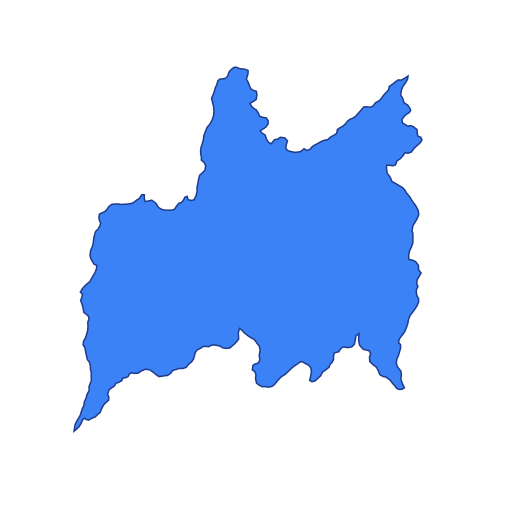 Itapecerica, Minas Gerais, Brazil (Equal Earth projection), rotated 189°
{"feature_id": "56859067B8389558658306", "entity_name": "Itapecerica", "entity_type": "district", "adm_level": 2, "iso_a3": "BRA", "parent_name": "Brazil", "parent_adm1": "Minas Gerais", "projection": "equal_earth", "projection_center": [-45.108, -20.455], "detail": "fine", "context": "isolated", "style": "filled", "palette": "blue", "viewbox_px": 512, "rotation_deg": 189, "n_neighbors": 0, "source": "geoboundaries", "source_scale": "gbopen_adm2", "svg_char_len": 6008}
<svg xmlns="http://www.w3.org/2000/svg" viewBox="0 0 512 512"><g transform="rotate(189 256 256)"><path d="M297.7,438.7L301.6,438.5L304.9,439.4L307.4,438.8L309.6,436.4L311.4,433.6L312.1,429.4L313.8,426.7L316.8,425.7L319.6,425.0L321.1,422.9L321.5,419.2L322.5,415.9L322.9,412.2L323.6,408.4L324.6,404.8L322.9,400.9L321.3,396.9L320.1,392.2L319.9,387.7L320.7,383.2L322.1,379.3L324.5,375.2L325.5,370.9L326.3,366.9L326.2,362.4L326.6,358.5L327.3,354.7L327.2,351.3L326.5,347.9L325.4,345.2L325.0,342.1L322.4,340.7L319.9,337.6L319.8,332.8L322.1,329.7L324.3,326.9L324.7,323.0L324.8,318.2L325.0,314.6L324.3,310.7L324.6,306.4L326.0,301.9L328.2,300.8L331.8,300.9L333.3,304.1L335.4,303.0L336.4,299.8L337.8,297.4L340.6,295.9L342.2,293.0L343.9,289.3L346.1,288.2L348.4,287.7L350.6,287.4L352.8,287.1L356.0,287.2L358.9,288.2L360.9,289.6L362.3,291.7L364.4,293.2L367.7,294.8L371.0,293.5L374.1,292.4L375.3,295.4L375.9,299.0L378.4,298.7L380.3,294.5L382.8,292.4L384.8,290.1L386.9,288.7L389.1,287.7L392.3,286.9L394.6,286.5L396.8,285.8L400.8,285.8L403.5,285.2L406.5,284.5L408.9,282.0L410.6,278.6L412.0,276.4L414.3,274.9L417.2,272.9L417.2,269.3L416.2,266.5L414.5,264.0L415.1,261.0L416.1,258.1L418.3,255.0L419.0,248.9L418.8,244.2L419.0,240.0L420.2,235.7L420.1,230.9L419.0,228.0L416.9,225.2L414.6,222.5L411.8,221.8L411.6,218.4L412.3,214.7L414.1,210.2L416.2,204.6L418.5,202.1L420.6,199.4L422.6,196.2L423.8,192.7L421.4,191.3L421.5,187.8L422.3,184.7L420.3,181.2L418.7,177.7L417.3,173.5L414.6,171.9L412.3,170.6L411.1,167.9L411.8,164.2L411.0,160.5L410.6,156.4L411.0,152.7L411.5,148.7L413.0,144.9L412.9,141.2L410.5,138.6L409.4,135.0L407.7,130.7L406.4,127.4L404.0,125.1L402.4,121.7L401.8,118.1L400.4,115.0L400.0,111.7L399.1,107.2L400.5,101.2L399.8,96.9L401.2,93.0L401.6,89.0L402.7,85.3L402.7,81.0L403.6,78.3L404.1,75.3L404.8,70.7L406.6,66.4L408.0,62.5L408.4,59.0L408.3,54.5L405.9,57.2L404.0,59.8L402.5,63.3L401.8,66.7L400.3,69.0L398.3,68.0L395.7,67.7L392.9,69.9L389.5,72.0L387.6,74.8L385.5,77.0L384.4,81.7L383.0,85.4L381.2,88.0L379.0,90.5L379.2,93.6L380.9,96.2L380.3,100.6L378.4,102.8L375.9,105.0L374.3,108.5L372.0,109.6L369.1,111.8L368.2,114.9L365.5,115.4L363.5,117.0L362.5,119.7L360.6,121.2L358.1,121.0L354.2,121.8L351.4,124.4L347.5,126.9L343.2,126.9L340.2,125.5L337.5,124.1L335.4,122.8L332.9,121.7L329.8,122.6L327.4,123.5L324.7,124.2L322.1,126.6L320.3,130.0L317.4,131.3L314.3,132.9L310.8,133.4L307.6,135.0L305.4,138.9L303.1,141.3L301.6,144.4L300.9,151.0L299.5,154.0L296.9,155.8L293.9,158.4L290.9,158.9L288.6,159.0L285.9,161.0L283.4,161.6L280.4,161.6L277.3,161.3L274.6,160.1L270.8,160.1L267.4,161.1L265.2,163.8L263.1,166.3L261.5,168.6L260.1,171.4L260.8,174.3L261.5,177.6L260.9,181.9L258.0,180.4L256.2,178.7L254.1,177.5L251.7,176.1L249.4,175.0L246.9,174.0L244.8,173.4L242.9,171.6L240.9,169.4L238.9,167.9L237.2,163.7L237.3,158.5L235.9,153.6L237.4,150.3L240.0,149.3L241.9,147.5L241.8,142.9L239.0,141.6L237.5,138.6L237.3,134.9L235.6,130.5L232.7,128.9L229.5,127.9L226.4,128.4L223.3,128.4L219.8,129.7L217.4,132.3L215.3,136.0L213.4,138.9L211.7,141.1L209.4,142.9L207.3,145.5L205.2,148.2L203.2,150.8L200.9,153.4L198.2,155.8L195.8,158.3L193.4,158.8L190.8,157.6L187.9,156.8L185.8,155.6L184.1,153.6L183.2,150.5L183.2,146.0L183.6,141.5L181.0,140.6L178.2,141.8L175.7,144.9L173.4,147.8L172.1,151.8L168.8,155.0L166.4,157.6L165.9,160.6L164.2,162.8L163.2,166.1L163.9,169.7L163.3,172.7L159.4,174.3L157.4,178.3L155.4,179.9L153.1,179.8L150.2,180.0L147.0,181.4L145.0,184.3L144.8,189.0L144.8,192.8L142.2,195.4L141.8,191.5L141.3,188.3L139.8,184.2L137.5,182.2L135.4,180.6L132.6,180.4L129.7,180.2L127.5,177.7L128.1,173.9L127.1,169.5L123.3,166.9L119.5,164.9L117.0,161.3L115.1,158.1L111.3,156.8L108.8,156.8L106.3,155.5L104.1,154.4L101.5,151.8L98.4,149.3L96.4,147.3L94.1,146.6L91.0,147.1L88.8,149.0L91.2,152.5L93.7,157.1L93.8,161.3L94.9,165.0L97.9,167.6L99.6,169.7L100.7,172.3L100.8,176.3L99.8,179.7L99.2,184.1L98.8,187.9L99.5,191.3L101.5,192.5L101.7,195.6L100.5,198.5L98.8,201.4L97.3,204.6L96.2,208.8L95.5,213.0L95.5,216.7L94.6,221.1L92.5,225.0L90.8,228.3L89.0,232.5L88.2,236.1L88.8,239.5L90.5,241.5L91.7,244.1L92.4,247.8L91.3,251.1L93.0,254.0L93.1,257.9L91.6,261.5L90.3,265.1L93.2,267.6L94.1,272.1L97.2,275.2L99.7,276.2L102.2,276.4L104.4,276.4L105.3,280.4L105.2,284.8L103.8,289.7L103.1,293.7L103.8,298.1L104.6,302.8L105.8,305.3L105.8,310.4L104.1,314.4L102.5,318.6L101.7,322.3L102.8,326.1L104.9,329.1L106.9,331.5L108.9,333.3L111.1,335.7L113.3,338.4L115.7,340.5L117.5,342.1L119.6,344.7L122.1,346.6L125.6,347.9L130.1,349.7L133.6,351.0L135.4,354.3L137.3,356.3L139.5,358.4L140.6,362.4L141.3,366.1L138.0,366.5L134.6,366.6L132.4,367.9L131.7,371.9L128.7,374.7L126.4,378.2L125.0,381.3L122.0,381.3L118.8,383.0L116.6,387.3L113.8,390.7L111.6,393.4L110.2,396.6L111.8,399.1L114.8,399.6L115.9,402.3L116.8,406.2L118.9,407.2L120.9,408.4L123.8,408.9L126.5,408.0L129.4,409.3L132.3,410.4L133.2,413.8L131.2,417.5L129.4,419.7L127.2,421.5L126.0,423.9L127.4,426.3L129.9,428.9L133.7,430.4L135.8,434.8L138.2,437.4L138.4,442.1L137.6,446.1L135.4,450.5L134.0,454.1L134.0,457.5L137.2,454.6L140.1,452.4L143.1,452.2L145.9,449.5L148.3,446.7L150.8,444.5L151.1,440.6L153.1,437.8L155.3,434.4L157.0,430.9L158.9,428.3L161.8,426.3L164.1,422.1L166.7,420.8L170.3,420.7L173.1,419.9L174.8,416.9L177.3,413.0L179.3,409.7L181.8,407.3L184.7,405.7L186.8,403.3L188.4,400.4L190.9,397.4L193.3,395.7L195.4,393.6L195.5,389.7L198.1,387.3L200.6,385.5L203.7,381.9L206.5,381.1L209.7,379.2L212.4,376.9L215.1,375.0L217.5,372.9L219.4,369.8L222.2,368.2L225.3,369.5L228.0,366.3L231.1,365.1L234.5,364.4L240.7,364.9L243.5,366.8L243.5,370.7L242.9,374.6L245.8,377.1L250.4,377.1L252.9,374.8L256.0,373.7L258.4,369.3L261.2,370.0L263.6,372.6L265.9,376.9L269.6,378.5L271.4,380.4L269.4,382.1L266.5,384.8L264.7,388.3L265.2,391.7L267.6,394.1L271.0,394.0L274.3,394.6L276.3,397.8L278.6,400.4L280.8,401.2L283.7,403.0L285.8,405.8L282.6,408.4L280.3,410.7L280.3,415.6L281.5,418.8L284.7,419.2L287.2,420.3L289.1,423.1L290.8,426.2L293.2,429.2L292.4,434.5L292.8,437.9L295.1,438.6L297.7,438.7Z" fill="#3b82f6" stroke="#1e3a8a" stroke-width="1.5"/></g></svg>